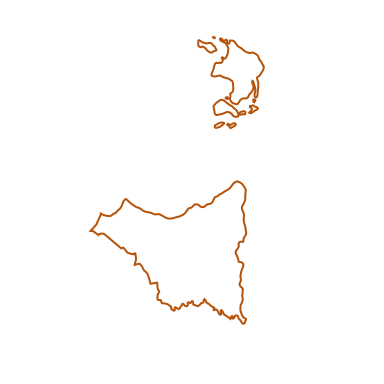 outline of Kokopo District, East New Britain, Papua New Guinea, rotated 341°
{"feature_id": "67681753B40757041944416", "entity_name": "Kokopo District", "entity_type": "district", "adm_level": 2, "iso_a3": "PNG", "parent_name": "Papua New Guinea", "parent_adm1": "East New Britain", "projection": "robinson", "projection_center": [152.359, -4.313], "detail": "fine", "context": "isolated", "style": "outline", "palette": "amber", "viewbox_px": 384, "rotation_deg": 341, "n_neighbors": 0, "source": "geoboundaries", "source_scale": "gbopen_adm2", "svg_char_len": 6064}
<svg xmlns="http://www.w3.org/2000/svg" viewBox="0 0 384 384"><g transform="rotate(341 192 192)"><path d="M127.3,287.3L130.2,288.6L132.4,290.1L134.9,293.7L134.9,294.3L134.2,295.5L134.6,296.3L136.2,298.3L136.9,298.3L137.4,297.7L137.6,296.5L138.4,295.5L139.0,295.7L140.5,297.7L141.4,298.3L142.6,298.1L143.7,296.7L145.4,295.9L146.5,294.7L147.0,294.7L147.7,295.7L148.0,296.9L148.9,297.9L149.8,298.3L150.7,298.1L151.4,297.3L151.7,295.7L152.6,295.1L153.3,295.5L154.1,296.5L154.5,296.5L156.6,295.1L157.1,295.7L157.1,297.1L156.6,298.5L156.9,299.3L159.0,300.7L160.1,301.8L162.0,301.6L164.4,300.1L166.5,300.2L167.2,299.6L167.6,298.5L168.9,297.3L169.7,299.4L169.7,301.2L170.4,302.4L171.2,302.8L173.2,306.4L175.3,308.5L175.3,309.1L174.0,310.3L174.4,310.9L176.5,310.9L177.4,312.1L177.9,315.9L178.6,317.2L179.7,317.2L180.3,313.9L180.9,313.3L181.4,313.3L182.1,315.2L182.1,316.8L182.6,318.5L185.2,321.7L187.0,324.5L188.6,322.5L189.6,322.4L190.0,323.1L189.1,324.5L189.6,325.1L190.3,325.1L192.6,323.1L193.5,322.9L194.3,323.3L195.0,324.5L195.0,327.2L196.0,329.0L196.8,332.5L197.8,333.3L198.9,333.2L201.2,330.5L201.7,329.6L199.6,327.0L199.2,323.8L199.1,320.3L200.5,316.1L201.1,314.9L203.6,312.3L205.1,310.0L205.7,306.2L206.9,304.2L207.6,302.0L208.4,300.6L208.4,299.6L206.9,296.7L206.9,294.5L209.3,291.7L209.8,290.7L210.0,288.7L210.9,286.2L213.1,282.6L215.7,279.6L216.9,277.6L216.8,275.6L215.5,274.3L213.4,273.2L213.8,270.7L213.8,267.3L213.4,264.8L213.6,263.0L214.3,262.0L215.8,261.2L218.3,259.0L219.3,256.0L220.5,254.8L221.8,254.8L223.9,255.8L224.9,254.6L225.4,253.2L226.8,251.6L228.9,250.0L229.6,249.1L230.1,247.9L230.5,244.7L231.0,242.9L231.3,237.4L231.7,235.2L233.6,231.0L233.9,229.6L233.7,224.7L234.1,222.9L234.6,221.9L237.2,219.7L239.5,217.1L240.2,215.9L240.8,213.4L241.7,212.0L242.4,209.8L243.5,208.0L243.4,206.0L242.9,203.4L242.0,200.7L240.6,198.7L238.5,196.7L236.4,196.7L233.8,197.5L229.8,200.3L227.7,201.3L223.0,202.1L219.5,203.1L217.1,203.3L214.6,204.3L212.4,204.3L211.0,205.1L208.5,208.0L205.9,209.1L202.3,208.7L198.5,210.0L197.4,209.9L196.2,209.4L195.1,208.4L194.2,206.6L193.5,205.8L191.6,204.8L190.0,204.8L186.4,206.6L183.4,206.4L178.5,209.8L176.1,210.6L172.1,211.1L170.0,210.7L165.1,210.6L162.1,209.9L160.5,209.1L159.0,207.9L154.6,203.0L153.2,202.0L150.4,201.4L149.2,200.8L146.0,198.0L142.0,195.9L139.4,193.5L137.7,190.8L136.2,189.3L134.7,188.4L131.3,184.2L129.1,180.5L128.0,178.1L127.3,177.3L126.6,177.1L124.3,178.3L120.0,183.3L118.2,184.5L116.2,185.1L113.7,186.6L112.5,187.0L110.6,187.1L108.1,188.0L106.7,188.1L104.3,187.1L102.5,186.1L99.7,183.9L98.8,182.8L98.5,183.5L90.9,191.7L83.4,195.8L85.9,196.9L89.5,202.3L90.6,201.5L93.6,202.0L95.4,203.3L106.7,222.2L109.0,222.3L111.3,228.4L115.4,231.5L116.0,231.4L117.0,232.0L117.2,231.6L118.0,231.3L118.5,231.8L117.1,237.7L114.2,241.9L114.1,242.3L117.7,242.4L119.3,243.1L120.3,245.3L121.2,250.8L122.5,252.8L123.3,255.2L123.3,259.6L122.9,265.3L129.4,266.3L129.4,267.1L128.5,270.2L128.3,271.6L128.2,273.9L128.6,274.9L128.6,275.5L126.6,277.6L126.0,278.0L124.5,281.8L125.0,283.3L126.9,283.8L127.5,285.0L127.2,285.4L127.3,287.3ZM271.1,59.3L270.6,58.5L270.1,56.9L269.6,56.4L268.5,56.2L268.0,57.0L268.9,58.9L272.2,62.1L273.1,66.2L273.1,68.0L272.7,69.2L270.7,73.0L268.9,75.0L267.5,76.2L266.7,76.6L265.8,76.4L264.7,74.6L264.0,74.6L263.7,75.4L264.2,77.2L263.2,78.6L262.3,79.2L261.3,79.4L259.9,78.6L258.3,78.6L257.1,77.8L255.8,78.0L254.1,80.0L252.2,83.0L249.6,85.9L248.5,87.7L248.5,88.5L250.3,89.9L252.4,90.5L256.4,90.9L258.9,93.6L260.6,94.6L261.3,95.4L262.9,96.2L265.9,99.8L266.2,100.5L266.2,102.5L264.8,107.5L264.0,109.3L262.9,110.5L261.5,111.3L260.6,111.3L259.9,111.9L259.8,113.4L259.3,114.6L257.9,116.2L258.4,118.4L258.4,119.4L259.5,121.2L262.8,123.7L264.2,123.5L267.8,120.7L269.7,120.1L271.5,120.3L273.1,121.1L274.5,121.1L275.7,120.7L278.1,118.3L280.2,117.3L282.1,115.9L283.5,114.4L284.2,113.2L284.6,112.0L284.5,108.8L284.9,107.0L285.4,106.6L285.8,107.4L285.6,114.9L285.1,115.7L285.1,116.3L282.7,120.5L282.3,122.5L282.7,123.1L283.9,123.5L284.9,122.5L286.1,120.3L287.0,117.9L287.5,117.3L289.1,113.7L290.3,110.0L290.5,105.4L291.3,104.6L293.3,104.2L295.4,102.8L298.5,100.2L299.9,98.6L300.6,97.1L300.6,95.7L299.9,92.9L299.9,91.7L298.8,88.7L298.8,85.4L298.1,83.4L295.8,80.6L294.6,79.8L292.1,79.5L290.9,78.9L288.8,77.3L287.9,76.3L285.3,71.9L283.6,70.2L282.5,68.2L281.1,63.6L279.7,62.1L277.4,61.1L276.7,61.7L275.7,63.7L274.5,63.5L273.8,62.5L273.8,61.7L274.5,60.7L274.5,59.9L273.8,59.1L272.9,59.1L272.4,59.5L271.1,59.3ZM259.8,127.5L258.4,125.5L257.9,124.2L255.8,121.8L251.9,115.8L250.7,114.9L249.5,114.3L248.4,114.3L243.9,115.7L240.9,117.3L240.2,118.1L239.9,119.3L239.7,122.0L239.2,124.4L239.2,126.0L239.9,127.0L240.6,127.4L246.7,128.0L250.7,127.7L253.0,128.5L254.8,130.7L255.8,133.5L256.9,134.7L258.6,135.4L260.2,135.6L261.1,134.8L261.0,130.3L259.8,127.5ZM257.4,66.1L260.9,66.1L261.4,65.7L260.7,61.5L259.6,60.0L259.1,58.3L258.2,57.2L257.5,56.8L254.6,56.4L253.0,55.6L250.5,53.7L248.3,50.9L247.7,50.7L246.9,51.7L245.8,54.9L245.8,56.4L247.1,57.8L249.2,58.0L250.0,58.4L251.8,60.8L252.1,62.4L253.2,64.3L254.8,66.1L256.0,66.7L257.4,66.1ZM274.8,129.6L274.3,130.6L275.5,132.0L275.7,132.6L275.5,133.4L273.8,134.8L272.8,135.0L271.9,135.6L272.1,136.0L273.1,136.6L274.2,136.6L278.5,135.4L280.8,135.2L281.5,134.4L281.5,133.8L280.6,132.6L279.0,131.6L278.1,130.0L277.4,129.8L276.1,130.0L274.8,129.6ZM239.3,139.5L244.1,138.1L244.8,137.3L243.8,136.3L241.3,135.7L239.8,135.7L235.6,136.5L234.9,137.1L234.7,138.3L235.6,139.3L239.3,139.5ZM250.8,141.2L249.4,140.6L248.2,139.2L247.3,139.8L248.5,141.6L248.7,143.4L249.4,144.2L254.6,143.2L255.3,142.6L255.3,141.6L253.9,140.6L252.7,140.6L250.8,141.2ZM268.2,134.8L268.4,133.4L267.7,132.6L265.9,132.2L263.5,132.3L262.4,133.0L262.6,134.2L263.5,135.0L265.6,134.8L266.6,135.8L267.3,135.8L268.2,134.8ZM281.8,126.0L281.8,125.3L280.2,124.5L279.9,124.9L279.4,126.8L280.1,127.4L281.8,126.0ZM256.6,115.2L256.6,114.2L256.1,113.7L254.9,113.7L254.4,114.1L254.4,114.5L254.9,115.0L255.9,115.6L256.6,115.2ZM263.8,53.8L263.8,53.2L262.4,52.4L262.2,52.8L263.5,54.0L263.8,53.8Z" fill="none" stroke="#b45309" stroke-width="2"/></g></svg>